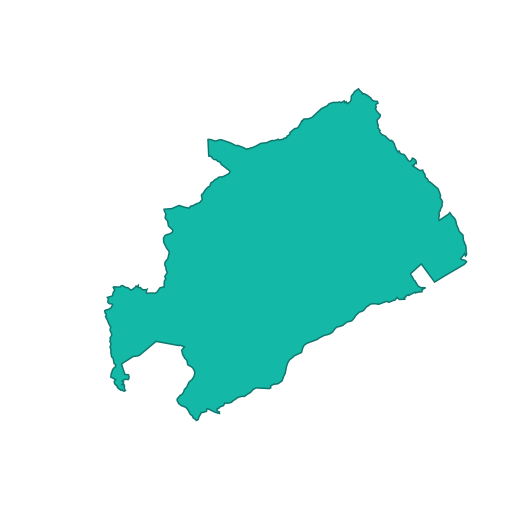 Alesd, Bihor, Romania, rotated 236°
{"feature_id": "2599482B2208634986084", "entity_name": "Alesd", "entity_type": "district", "adm_level": 2, "iso_a3": "ROU", "parent_name": "Romania", "parent_adm1": "Bihor", "projection": "robinson", "projection_center": [22.42, 47.104], "detail": "fine", "context": "isolated", "style": "filled", "palette": "teal", "viewbox_px": 512, "rotation_deg": 236, "n_neighbors": 0, "source": "geoboundaries", "source_scale": "gbopen_adm2", "svg_char_len": 6112}
<svg xmlns="http://www.w3.org/2000/svg" viewBox="0 0 512 512"><g transform="rotate(236 256 256)"><path d="M337.3,434.5L337.2,429.8L335.8,426.5L335.5,425.0L335.1,424.3L332.1,422.1L331.1,419.8L331.3,416.8L333.5,417.0L333.5,415.4L335.3,415.8L335.5,412.4L337.2,411.2L337.4,410.0L340.3,405.6L341.3,401.8L340.7,399.0L341.6,392.7L339.6,380.0L340.4,376.2L342.8,372.3L342.3,370.2L341.8,369.5L342.3,369.1L341.5,368.2L338.9,362.5L339.1,361.3L340.0,359.2L339.4,353.3L338.3,352.5L337.8,350.4L338.0,349.0L337.1,347.6L337.9,344.8L337.6,343.7L338.4,342.3L338.9,340.3L340.3,339.9L341.4,335.7L342.4,334.5L343.0,333.3L343.9,329.2L343.8,328.1L344.6,327.1L346.7,322.9L347.2,317.2L348.0,313.0L348.6,312.0L348.9,310.2L349.8,308.9L349.8,307.6L352.2,306.7L358.0,302.6L358.5,301.4L359.1,300.8L364.1,298.1L371.6,292.4L372.9,290.5L373.6,287.2L374.3,286.3L377.6,283.8L379.2,282.0L379.4,281.3L365.3,272.7L363.6,274.5L362.3,274.5L359.6,275.1L357.9,276.9L356.0,277.2L353.8,278.7L351.8,278.4L340.9,281.9L340.6,281.7L339.9,280.7L339.5,278.8L340.3,272.5L341.7,270.3L342.2,268.9L341.8,266.9L342.2,265.1L342.1,263.7L341.6,262.0L341.9,260.6L341.8,259.3L339.8,257.1L339.9,254.3L339.0,250.6L337.4,246.8L337.3,245.2L336.3,244.4L333.0,243.2L331.8,239.4L332.0,237.7L332.5,236.5L333.1,231.5L333.9,229.8L333.1,227.3L336.7,223.8L340.9,220.5L342.4,212.7L346.2,205.9L344.6,205.2L341.5,204.9L338.4,202.0L336.8,201.9L334.7,202.4L329.9,200.2L323.8,201.5L322.5,199.9L322.6,196.3L323.2,195.4L323.9,192.3L322.6,189.3L319.9,187.8L319.3,187.2L312.4,186.3L309.7,186.5L307.6,186.2L303.0,181.3L302.0,177.5L300.4,175.9L298.5,175.1L297.2,175.1L294.8,173.7L291.9,173.2L290.1,169.1L289.1,168.6L287.4,168.4L286.6,166.2L284.9,164.7L281.7,162.6L282.6,161.0L282.6,159.9L283.1,159.5L283.3,158.4L281.4,153.8L281.6,152.6L281.5,151.7L282.0,150.7L282.9,150.0L283.6,148.6L284.8,147.2L285.1,146.2L286.3,144.6L287.0,144.5L288.8,146.2L289.3,147.0L289.5,146.1L291.4,143.1L294.5,142.6L295.1,141.3L296.2,140.5L296.6,141.4L297.4,142.0L297.1,140.8L298.2,139.8L297.6,138.9L297.4,134.8L297.7,133.1L300.8,132.3L301.8,131.7L302.6,130.5L306.2,128.8L306.7,127.3L306.3,126.5L306.4,125.7L310.0,120.8L309.8,120.1L306.6,119.8L306.3,119.5L306.0,117.9L305.4,117.0L303.5,115.1L303.3,114.2L304.8,109.6L303.2,109.7L300.6,107.3L298.3,107.8L297.0,109.7L295.6,109.7L294.1,106.7L294.2,103.9L295.0,101.7L295.3,100.0L292.9,99.0L292.0,99.3L290.5,98.7L290.0,97.4L285.6,96.9L281.7,96.0L278.4,95.8L276.7,94.0L275.6,93.3L272.5,92.9L270.6,91.6L269.7,89.1L268.2,88.7L267.0,87.1L264.4,86.8L263.7,86.3L262.1,84.0L259.7,83.5L257.2,81.8L253.3,79.9L251.0,80.3L246.1,78.2L245.3,78.6L244.0,78.6L242.8,77.8L242.7,76.0L242.2,74.0L239.2,70.0L236.7,67.9L232.1,70.5L231.2,68.2L229.5,67.5L227.9,67.5L225.8,68.2L224.8,67.6L222.7,68.0L220.2,69.0L220.3,69.9L218.1,70.6L217.6,71.3L217.5,72.5L218.4,72.4L221.4,73.7L221.5,74.2L223.5,74.7L224.2,73.1L224.7,74.5L225.6,75.8L226.9,75.0L227.2,75.6L227.1,77.8L226.5,79.3L225.0,80.8L225.7,82.3L227.2,83.4L229.0,83.8L231.2,81.1L241.7,84.1L241.4,97.8L239.1,102.6L238.9,104.1L241.1,125.4L224.7,142.2L224.5,143.2L220.7,145.9L219.5,141.7L215.3,140.1L210.9,139.8L208.2,140.3L204.0,138.6L199.8,140.7L197.7,141.0L194.9,140.6L193.4,139.9L191.1,137.6L189.4,134.2L188.9,129.9L186.1,125.4L185.3,121.9L184.0,120.4L182.6,117.4L182.9,115.2L181.5,110.6L180.0,109.7L178.0,109.7L177.2,109.3L173.8,110.4L169.8,113.2L166.9,113.5L161.2,113.0L159.6,113.8L156.6,113.4L153.9,114.6L153.0,114.5L152.7,116.5L154.3,118.4L156.8,123.3L155.9,124.7L154.9,128.0L156.7,129.9L156.1,130.8L149.2,134.8L145.9,137.6L147.1,138.5L148.5,137.5L149.8,137.3L150.9,138.1L150.6,140.4L151.1,141.5L150.1,145.4L151.6,147.9L149.8,150.1L148.4,153.7L148.8,156.0L148.8,162.2L147.7,165.5L146.0,168.0L146.2,171.2L146.0,175.1L147.0,179.3L146.5,182.5L138.5,193.1L138.5,194.6L140.1,195.4L139.9,198.5L137.8,202.8L137.9,207.8L140.8,211.7L142.4,214.6L147.7,219.9L149.9,222.9L151.2,225.9L151.5,230.3L151.9,231.3L150.6,239.8L153.7,243.4L155.0,245.8L155.2,247.3L155.0,250.1L152.6,259.9L152.7,262.8L152.0,268.3L150.6,271.8L150.1,274.7L150.1,276.9L151.5,280.6L151.9,283.3L151.1,285.1L149.9,289.2L150.3,292.1L150.3,295.0L148.9,298.2L148.8,299.6L149.5,302.2L150.9,305.6L151.7,310.2L150.8,313.1L150.8,315.1L152.1,319.2L151.9,320.3L152.1,324.2L150.1,327.7L147.3,330.8L145.5,338.7L143.3,340.3L142.4,344.9L141.7,346.6L142.7,349.8L139.8,350.5L136.9,355.2L137.4,355.5L138.3,355.4L138.5,357.8L139.0,358.4L139.0,358.7L138.5,360.5L137.9,360.6L137.1,367.5L136.2,367.5L135.2,371.2L134.9,371.1L134.3,372.1L133.6,373.7L135.1,374.4L134.9,375.1L135.3,375.2L134.8,378.9L137.7,374.9L140.6,373.5L146.3,373.9L147.6,373.5L151.4,373.9L153.9,373.8L154.9,374.3L157.0,388.6L134.5,389.5L134.1,399.9L132.6,423.8L133.2,426.7L133.6,427.4L135.7,426.8L138.2,424.3L139.3,424.3L141.3,430.2L138.8,429.6L139.2,431.1L141.1,432.4L142.6,432.8L143.5,433.6L146.9,435.6L148.2,435.9L149.8,435.8L150.1,436.3L152.8,436.7L157.7,439.3L163.0,438.2L165.5,439.0L169.6,439.7L173.2,441.2L176.1,441.7L180.3,440.9L183.6,441.0L183.0,438.9L183.1,427.7L185.4,428.8L187.0,430.6L190.0,432.2L190.4,433.9L191.8,435.3L193.3,438.2L195.7,439.8L196.5,440.9L198.9,441.3L201.4,441.1L202.5,442.6L205.6,443.6L210.0,444.5L220.2,441.6L221.6,440.6L222.6,441.1L224.6,441.2L226.0,440.4L228.0,441.0L228.6,441.5L230.4,441.8L231.7,441.5L234.0,442.3L235.1,439.7L243.3,436.2L243.3,437.8L243.0,438.2L243.7,439.0L243.9,440.2L243.5,440.1L243.0,440.6L244.9,441.7L246.4,441.9L248.7,441.2L249.6,440.5L249.7,440.1L248.8,439.1L248.2,436.9L248.6,436.2L250.0,435.6L256.4,435.7L257.8,435.2L258.6,434.1L259.6,433.4L261.2,432.9L262.8,433.5L263.3,432.5L263.0,431.7L265.4,431.9L269.6,432.6L271.2,433.3L274.5,433.5L276.3,432.8L276.4,431.7L281.5,430.4L282.6,430.5L286.5,428.2L289.8,427.9L290.2,428.1L290.6,429.0L292.7,429.0L293.5,428.6L296.8,430.8L297.2,430.6L297.8,430.8L300.6,432.2L301.1,432.8L301.7,435.7L302.4,437.1L303.6,437.9L304.3,437.9L305.6,437.4L309.1,437.1L311.5,437.4L311.7,438.3L312.3,439.0L313.6,439.2L314.4,440.0L314.7,440.5L314.5,442.6L316.3,443.1L317.3,441.7L319.4,439.9L321.2,439.3L322.3,439.6L326.8,438.2L329.8,436.6L330.4,436.1L330.7,434.9L331.9,435.3L335.2,434.5L337.3,434.5Z" fill="#14b8a6" stroke="#0f766e" stroke-width="1.5"/></g></svg>